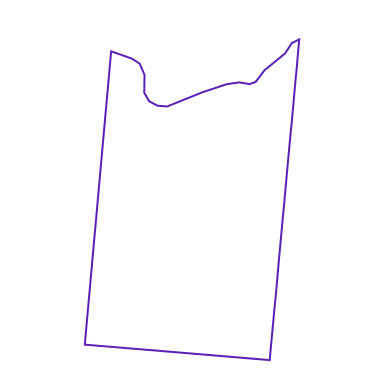 outline of Campbell, South Dakota, United States of America, rotated 95°
{"feature_id": "52423323B49875103288406", "entity_name": "Campbell", "entity_type": "district", "adm_level": 2, "iso_a3": "USA", "parent_name": "United States of America", "parent_adm1": "South Dakota", "projection": "equal_earth", "projection_center": [-100.191, 45.769], "detail": "fine", "context": "isolated", "style": "outline", "palette": "violet", "viewbox_px": 384, "rotation_deg": 95, "n_neighbors": 0, "source": "geoboundaries", "source_scale": "gbopen_adm2", "svg_char_len": 658}
<svg xmlns="http://www.w3.org/2000/svg" viewBox="0 0 384 384"><g transform="rotate(95 192 192)"><path d="M352.7,99.9L340.4,99.9L339.8,99.9L339.7,99.9L339.4,99.9L303.0,99.7L285.9,99.5L250.6,99.5L234.2,99.4L208.0,99.3L201.7,99.2L191.7,99.1L191.0,99.2L178.0,99.1L173.7,99.1L166.0,99.1L123.2,98.9L122.8,98.9L119.3,98.8L118.8,98.8L115.2,98.7L67.3,98.6L63.2,98.5L61.5,98.5L58.9,98.5L45.6,98.5L30.6,98.5L35.0,105.6L45.8,111.3L64.3,130.3L76.8,138.2L79.5,144.1L78.7,154.5L81.5,166.6L91.6,190.1L109.0,224.3L109.0,234.1L105.3,242.7L97.3,248.2L79.5,249.5L68.7,255.3L64.4,263.5L58.9,284.8L353.4,285.5L352.7,99.9Z" fill="none" stroke="#5b21b6" stroke-width="2"/></g></svg>